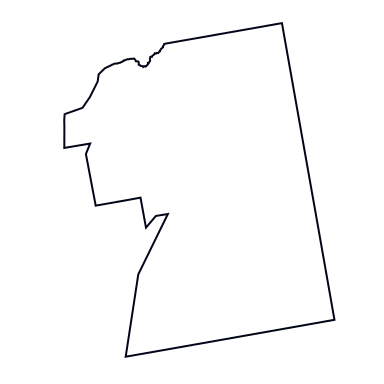 Nipa/Kutubu District, Southern Highlands, Papua New Guinea, rotated 260°
{"feature_id": "67681753B17262942847842", "entity_name": "Nipa/Kutubu District", "entity_type": "district", "adm_level": 2, "iso_a3": "PNG", "parent_name": "Papua New Guinea", "parent_adm1": "Southern Highlands", "projection": "robinson", "projection_center": [143.536, -6.456], "detail": "fine", "context": "isolated", "style": "outline", "palette": "ink", "viewbox_px": 384, "rotation_deg": 260, "n_neighbors": 0, "source": "geoboundaries", "source_scale": "gbopen_adm2", "svg_char_len": 1221}
<svg xmlns="http://www.w3.org/2000/svg" viewBox="0 0 384 384"><g transform="rotate(260 192 192)"><path d="M293.9,98.8L290.8,80.1L284.7,78.6L279.9,77.9L272.0,76.5L257.6,73.9L257.4,100.1L247.8,94.1L195.3,94.8L195.3,131.1L195.4,140.3L164.9,140.5L174.7,152.3L174.5,164.4L120.2,124.8L41.3,98.1L41.3,165.7L41.4,310.1L147.6,310.1L332.2,309.9L342.7,309.9L342.7,212.3L342.7,191.9L342.6,190.3L341.6,189.8L340.5,188.6L339.5,188.6L338.4,186.5L337.6,185.9L336.8,184.8L336.0,184.8L335.6,183.8L334.7,182.8L335.1,181.3L334.5,180.5L335.1,179.5L333.9,178.5L332.9,176.4L332.1,176.1L332.3,174.4L331.3,174.1L330.4,173.6L328.9,173.6L328.1,173.3L327.2,172.2L326.7,172.0L326.8,171.0L325.5,170.9L324.5,169.6L324.2,168.7L323.7,168.5L323.6,168.1L324.1,167.3L323.6,165.8L324.3,165.8L325.2,163.2L325.9,162.8L326.6,161.6L328.7,162.1L329.8,161.8L330.5,159.4L331.7,159.2L332.5,158.8L333.5,158.1L333.6,155.5L333.9,154.6L333.7,152.5L334.0,151.5L333.7,150.5L333.7,149.2L333.2,148.5L333.4,147.7L332.8,147.2L332.8,146.4L332.4,146.1L332.2,144.6L331.7,143.7L331.9,142.1L331.4,140.6L331.8,139.1L331.9,138.3L331.4,136.5L331.4,135.6L331.1,135.2L329.0,127.7L324.1,120.5L317.2,118.3L303.3,108.0L293.9,98.8Z" fill="none" stroke="#020617" stroke-width="2"/></g></svg>